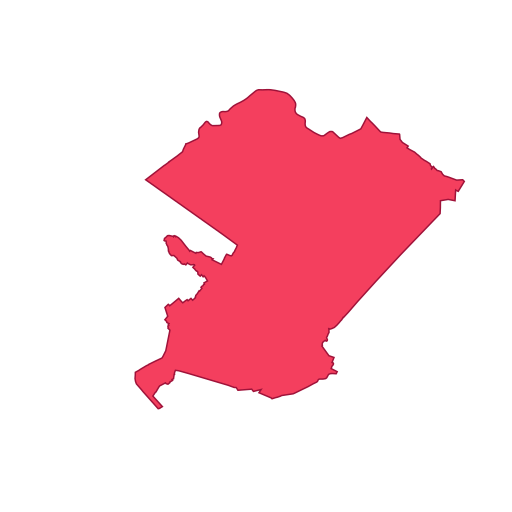 Jamay, Jalisco, Mexico, rotated 214°
{"feature_id": "50627088B96170211471605", "entity_name": "Jamay", "entity_type": "district", "adm_level": 2, "iso_a3": "MEX", "parent_name": "Mexico", "parent_adm1": "Jalisco", "projection": "natural_earth1", "projection_center": [-102.668, 20.293], "detail": "fine", "context": "isolated", "style": "filled", "palette": "rose", "viewbox_px": 512, "rotation_deg": 214, "n_neighbors": 0, "source": "geoboundaries", "source_scale": "gbopen_adm2", "svg_char_len": 6133}
<svg xmlns="http://www.w3.org/2000/svg" viewBox="0 0 512 512"><g transform="rotate(214 256 256)"><path d="M283.9,83.3L283.6,83.1L275.8,81.0L273.9,80.4L251.7,74.7L250.8,75.7L250.6,75.9L250.6,76.2L249.4,78.8L259.5,81.3L263.2,82.2L263.2,86.7L262.9,87.3L263.3,93.3L263.2,93.6L263.3,94.3L260.1,100.2L259.1,99.9L257.3,100.5L256.6,102.8L257.0,103.2L255.6,106.2L256.6,106.7L255.7,108.1L256.7,110.0L257.1,111.0L257.5,111.5L257.4,112.5L257.8,112.6L258.4,114.1L258.9,116.2L255.8,117.7L246.1,120.9L206.7,133.3L200.6,134.8L198.8,135.9L195.9,134.6L185.1,143.2L182.4,142.3L177.1,148.2L177.1,144.3L164.3,146.8L163.4,146.7L162.9,146.6L160.7,149.4L159.3,150.9L157.4,153.4L156.7,154.7L148.1,162.6L147.1,164.2L142.9,171.5L139.8,176.8L137.1,182.1L135.3,185.2L134.9,186.3L135.2,188.2L135.0,188.9L134.4,189.6L133.3,190.3L131.6,191.5L129.9,193.1L129.6,193.6L129.3,194.6L129.4,196.0L129.6,197.6L129.5,198.7L129.4,198.9L128.4,200.2L127.9,200.6L126.6,201.5L123.7,203.2L124.0,205.5L130.7,204.7L130.9,205.6L131.2,206.3L131.4,207.0L131.2,208.5L131.4,209.8L131.5,210.0L132.2,210.5L133.4,210.2L134.6,215.5L139.8,214.1L151.0,218.2L150.9,218.6L151.0,219.2L151.8,219.8L152.4,221.5L152.0,223.3L151.5,224.8L151.0,224.8L150.4,224.6L150.0,224.8L149.6,225.6L150.0,226.5L150.3,226.7L151.8,227.7L152.0,228.3L152.0,229.3L152.6,231.8L152.7,233.4L153.9,235.1L155.1,236.5L154.7,236.7L153.8,236.7L152.5,238.3L151.1,240.6L150.3,243.8L149.8,247.1L149.6,249.4L149.3,251.0L149.4,253.9L149.1,253.9L148.0,261.0L146.3,275.1L142.4,302.4L136.9,337.6L134.9,349.2L127.1,394.1L130.0,398.9L134.0,405.0L128.3,410.4L121.9,413.1L127.4,422.4L126.6,422.4L124.5,422.7L125.0,434.3L127.3,434.8L132.1,431.1L140.0,429.2L142.2,428.6L144.7,427.7L147.0,428.1L149.7,429.4L152.5,428.7L153.6,428.2L155.9,428.7L156.8,428.5L157.6,429.1L159.0,429.4L159.1,426.2L159.3,426.3L159.4,427.9L160.0,428.3L160.7,428.3L162.2,428.8L163.3,429.8L167.9,429.7L169.6,429.5L173.8,429.5L174.3,429.6L174.6,429.8L177.7,430.3L179.8,430.4L182.6,430.8L184.3,430.6L188.3,430.2L191.3,430.1L191.3,432.2L198.1,432.0L201.8,433.2L205.0,437.2L205.3,437.3L210.8,434.2L214.0,432.7L219.8,429.5L221.7,428.6L223.0,428.7L230.3,430.4L234.1,431.2L236.5,431.6L241.6,432.8L240.6,424.3L240.2,420.0L241.9,416.9L245.2,411.0L246.6,409.1L250.4,402.5L251.9,400.7L253.7,400.6L259.3,401.5L261.1,401.8L262.1,401.9L263.1,401.4L263.8,400.9L264.4,400.4L264.8,399.6L265.7,397.4L266.4,395.4L266.9,394.0L267.2,393.5L267.6,393.1L268.2,392.7L268.9,392.2L269.7,391.9L271.6,391.5L274.4,391.1L277.0,390.8L283.1,390.7L285.2,390.6L286.6,390.8L287.1,391.0L287.7,391.4L288.3,391.9L289.4,393.3L290.2,394.8L290.7,395.6L291.2,396.1L291.8,396.7L292.4,397.1L293.2,397.3L294.8,397.3L296.0,397.0L297.2,396.8L300.1,396.5L301.2,396.5L302.1,396.6L303.6,397.2L304.2,397.6L305.2,398.6L305.8,399.5L306.3,400.4L306.5,401.4L307.1,402.6L307.6,403.5L308.4,404.5L309.3,405.2L311.5,406.3L314.3,407.2L317.3,407.9L318.7,408.1L321.3,408.2L322.5,407.9L324.3,407.4L325.9,406.8L332.7,404.0L336.8,402.0L338.5,401.0L340.2,399.8L343.6,397.3L346.8,395.3L347.3,394.7L348.0,393.8L348.6,392.5L350.7,385.5L351.3,383.1L351.9,381.2L353.1,378.2L355.0,374.5L356.8,371.5L357.9,369.3L358.6,367.7L359.5,364.4L359.8,363.0L360.0,361.3L360.1,360.9L360.5,360.2L361.2,359.4L362.3,358.4L364.2,357.3L365.2,356.3L365.6,355.7L365.9,355.0L366.0,354.5L366.0,354.0L365.6,353.2L365.1,352.4L364.0,351.2L360.2,348.7L359.3,347.9L358.8,347.0L358.5,346.3L358.3,345.5L358.4,345.0L358.8,344.3L359.4,343.7L361.9,341.9L364.7,339.9L365.3,339.6L366.0,339.5L366.8,339.5L368.3,339.6L369.2,339.8L369.9,340.1L370.9,340.3L371.6,340.2L372.3,339.9L372.6,339.3L372.8,338.8L372.9,338.2L373.1,335.3L373.3,334.2L373.8,331.8L374.1,331.0L374.2,330.4L374.0,329.0L373.2,327.3L372.8,326.5L370.1,323.5L369.8,322.8L369.7,322.1L369.8,321.4L370.3,320.1L374.9,312.3L375.8,311.0L376.5,310.1L376.9,309.8L376.5,308.6L376.4,307.7L375.9,303.9L375.2,301.4L375.8,299.4L376.4,297.6L377.2,295.0L378.1,292.6L379.6,288.5L380.9,285.2L380.7,285.1L382.4,280.3L382.6,280.1L390.1,257.5L338.0,256.3L316.8,255.8L295.6,255.3L277.5,254.6L277.2,252.8L277.0,252.4L276.6,248.7L276.3,247.8L276.5,246.0L276.5,245.5L276.2,243.2L276.5,242.4L277.7,241.8L281.3,241.1L281.4,240.9L281.0,236.5L280.8,236.3L280.7,235.7L280.0,229.7L290.3,228.3L290.1,229.6L290.7,229.3L291.0,229.3L292.3,229.6L293.3,229.5L294.8,229.0L297.3,228.0L300.9,228.4L303.7,228.9L303.6,229.2L305.5,226.8L307.1,225.7L307.5,225.6L307.4,224.6L313.5,223.9L313.7,222.9L314.7,223.4L319.6,224.8L326.8,227.2L330.4,227.8L333.7,227.6L334.0,227.5L333.8,227.0L335.2,227.1L335.4,226.8L335.4,226.4L335.2,225.8L336.0,225.9L336.7,225.5L339.1,224.6L340.4,223.7L340.8,223.1L341.1,221.3L341.7,219.4L341.3,218.6L341.0,217.5L340.4,217.4L339.6,217.7L339.0,218.1L338.2,217.4L337.5,216.2L336.8,215.9L336.1,215.3L334.5,214.7L334.3,214.4L333.3,213.6L331.7,211.7L331.5,211.2L330.5,210.8L330.2,210.4L329.7,210.0L329.1,209.8L328.5,209.5L326.3,209.0L324.4,210.5L320.3,209.9L319.7,209.6L319.2,209.1L318.7,208.9L318.2,208.8L315.7,209.0L315.7,208.8L314.6,208.3L313.5,208.1L312.7,208.1L311.2,208.7L311.0,209.3L309.2,209.4L309.0,211.8L308.7,211.7L308.1,211.8L305.4,212.1L304.1,212.9L303.2,213.9L302.2,214.3L301.7,214.1L302.0,211.3L300.3,211.0L299.7,211.1L299.4,210.8L298.7,210.6L298.4,210.5L297.0,210.2L296.8,210.5L295.3,210.2L294.0,208.5L291.0,208.1L290.7,210.0L288.2,209.2L288.0,210.5L285.9,210.0L282.3,208.2L284.1,204.6L283.0,203.9L283.2,203.3L283.4,203.2L283.5,202.8L283.3,201.8L284.0,200.5L284.1,199.3L282.8,199.0L283.1,195.4L283.7,195.3L283.6,191.7L283.9,189.7L283.4,188.6L283.4,187.9L282.9,187.6L283.8,183.9L286.2,184.5L287.3,180.9L288.7,181.3L289.6,179.1L290.5,176.3L290.6,176.2L293.2,176.8L296.4,177.7L298.5,170.4L299.7,166.5L301.1,166.9L301.7,166.9L302.7,162.4L295.5,156.7L295.6,155.2L295.9,152.2L293.6,151.8L292.8,151.1L292.7,151.2L291.4,151.1L290.3,151.3L290.3,149.9L290.1,149.7L289.5,149.5L289.8,148.6L289.2,147.9L288.8,147.7L288.7,147.1L288.6,146.9L285.9,146.4L277.8,127.0L277.0,120.9L276.9,119.1L277.0,118.7L280.4,113.0L284.4,106.0L284.3,105.8L284.8,104.9L285.5,103.8L286.7,101.2L287.7,99.1L288.0,98.4L288.5,97.4L289.2,95.6L291.0,92.1L289.5,89.8L287.7,86.7L285.8,84.7L283.9,83.3Z" fill="#f43f5e" stroke="#9f1239" stroke-width="1.5"/></g></svg>